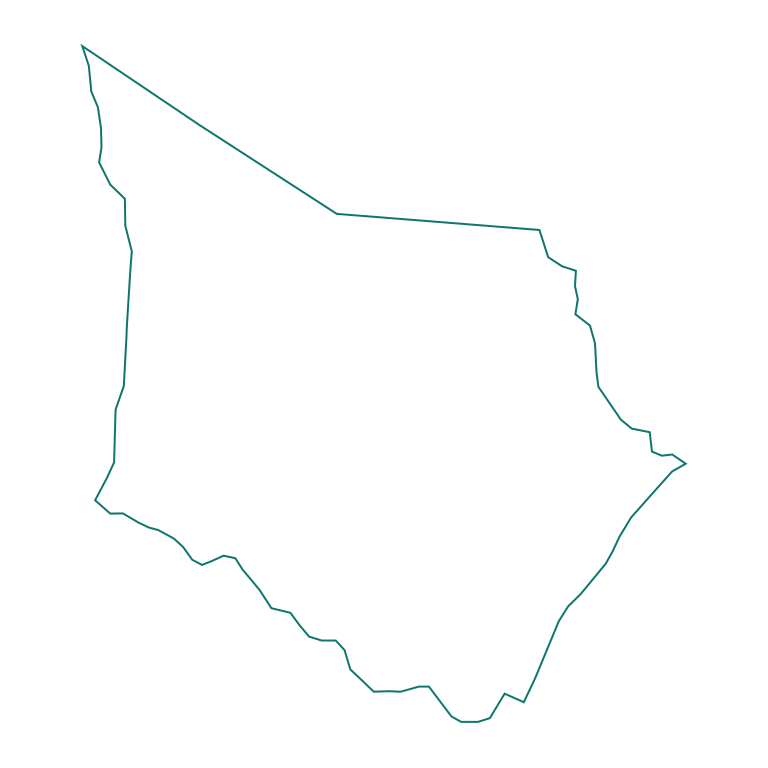 Itajá, Rio Grande do Norte, Brazil (Equal Earth projection)
{"feature_id": "56859067B91180635159801", "entity_name": "Itajá", "entity_type": "district", "adm_level": 2, "iso_a3": "BRA", "parent_name": "Brazil", "parent_adm1": "Rio Grande do Norte", "projection": "equal_earth", "projection_center": [-36.809, -5.683], "detail": "fine", "context": "isolated", "style": "outline", "palette": "teal", "viewbox_px": 768, "rotation_deg": 0, "n_neighbors": 0, "source": "geoboundaries", "source_scale": "gbopen_adm2", "svg_char_len": 1161}
<svg xmlns="http://www.w3.org/2000/svg" viewBox="0 0 768 768"><path d="M95.1,500.3L110.3,513.6L122.9,513.4L138.5,522.6L148.7,527.5L158.1,530.0L173.8,538.5L183.0,546.9L192.3,559.8L202.0,564.9L211.9,561.0L223.5,555.7L235.3,558.2L242.5,569.5L251.3,580.0L259.6,590.0L271.4,608.2L290.4,612.8L299.6,625.3L309.1,636.6L321.6,640.5L335.7,640.5L344.6,650.2L350.3,669.4L363.7,682.0L373.7,691.7L389.0,691.2L400.7,691.7L418.8,686.6L428.9,686.6L451.5,716.5L461.2,721.9L478.0,721.9L489.9,718.1L504.6,693.7L523.8,702.2L535.0,678.6L558.8,621.2L568.1,606.4L580.9,593.8L605.8,563.6L612.4,551.8L619.5,536.7L631.1,517.5L651.6,494.4L672.2,471.4L685.7,463.7L672.2,454.5L661.9,455.7L652.0,451.6L649.7,432.2L631.7,428.6L620.8,419.6L610.5,404.5L598.4,386.8L596.5,372.2L595.0,343.3L590.0,325.6L575.4,314.3L577.8,299.2L575.0,286.1L575.9,270.8L561.9,266.2L548.2,257.2L539.4,230.0L336.8,213.9L198.6,124.5L82.3,46.1L88.8,65.8L91.3,91.4L97.9,107.3L101.0,128.3L101.5,147.3L99.1,162.4L110.3,184.7L124.9,198.8L125.3,225.7L131.8,251.3L130.3,270.8L126.9,325.6L126.3,339.9L123.8,386.1L115.6,409.6L115.1,425.5L114.1,462.4L106.9,478.0L95.1,500.3Z" fill="none" stroke="#0f766e" stroke-width="2"/></svg>